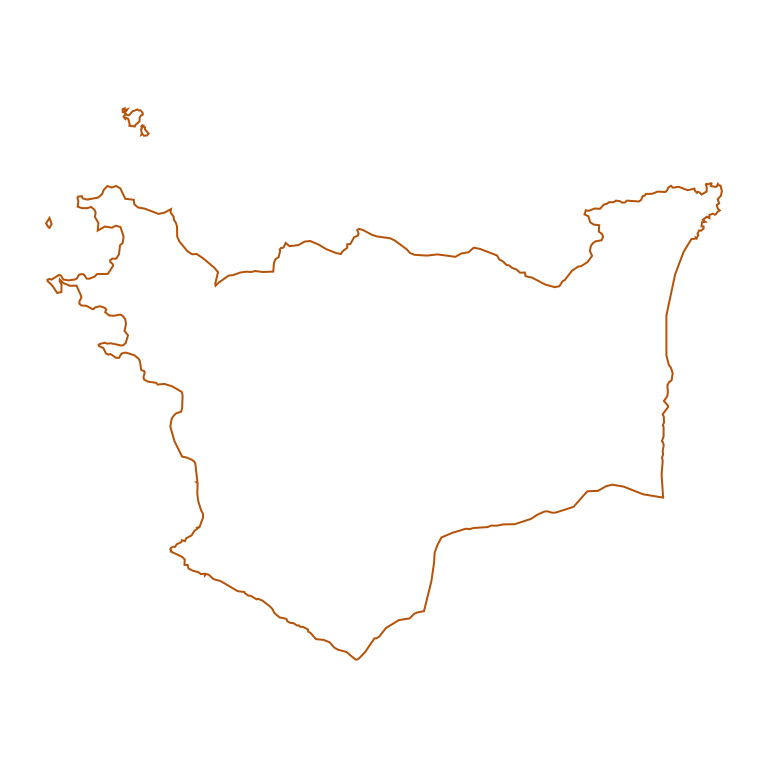 outline of Butiam, Mara, United Republic of Tanzania
{"feature_id": "72390352B35299561044003", "entity_name": "Butiam", "entity_type": "district", "adm_level": 2, "iso_a3": "TZA", "parent_name": "United Republic of Tanzania", "parent_adm1": "Mara", "projection": "albers", "projection_center": [33.892, -1.67], "detail": "fine", "context": "isolated", "style": "outline", "palette": "amber", "viewbox_px": 768, "rotation_deg": 0, "n_neighbors": 0, "source": "geoboundaries", "source_scale": "gbopen_adm2", "svg_char_len": 6072}
<svg xmlns="http://www.w3.org/2000/svg" viewBox="0 0 768 768"><path d="M663.1,497.6L661.6,474.3L662.7,461.2L662.0,457.6L663.1,454.4L662.7,450.8L663.7,445.5L663.1,442.5L661.9,441.1L663.6,436.4L663.6,427.0L662.8,425.2L664.0,422.7L663.8,416.8L662.7,414.2L668.0,407.2L668.1,405.8L663.9,401.0L667.2,396.4L667.9,391.9L667.4,385.3L669.1,382.1L671.6,380.3L672.7,373.2L670.9,367.7L668.8,364.9L666.4,355.4L666.4,315.4L675.1,274.5L683.6,251.9L691.4,239.1L696.1,238.5L696.0,238.0L696.6,238.5L698.3,234.9L697.5,233.8L699.1,230.4L701.2,230.7L703.7,228.3L703.5,226.4L701.5,226.4L702.0,222.3L705.4,221.8L702.8,219.8L706.9,216.7L709.4,218.1L709.4,215.0L712.9,213.7L714.8,214.7L715.8,214.3L717.6,211.8L719.8,210.4L717.9,208.7L716.7,205.1L719.2,203.3L717.6,199.3L720.9,195.7L721.9,191.2L720.5,185.6L718.6,185.2L717.9,184.0L716.6,186.6L715.4,186.9L710.8,186.0L711.5,183.5L710.8,183.2L708.2,184.3L706.4,183.8L705.8,184.7L706.7,186.7L706.6,191.5L701.7,194.5L699.1,192.2L697.8,191.8L696.9,192.8L694.9,190.5L694.4,188.6L687.7,190.2L678.7,186.8L673.0,187.7L670.9,185.8L668.0,187.9L667.3,190.2L665.4,192.0L657.7,191.6L652.1,193.8L645.9,193.9L644.8,195.6L642.8,196.0L640.9,200.2L638.8,201.5L627.0,200.6L625.0,202.4L622.4,202.7L619.7,201.2L616.0,200.6L613.6,202.2L609.0,202.2L606.8,203.9L603.9,204.5L600.0,208.8L594.7,208.5L588.8,210.8L585.9,210.3L584.5,214.4L588.3,216.2L590.3,222.4L593.8,224.6L599.2,225.2L598.8,231.6L602.1,234.1L603.1,236.8L601.5,240.3L595.7,241.3L592.9,243.2L590.9,245.9L589.8,250.9L592.1,255.8L587.5,262.1L581.1,266.2L578.2,266.6L572.0,270.7L564.8,280.0L562.6,281.2L559.4,286.2L554.8,287.2L545.2,284.5L532.2,277.7L525.6,276.2L524.8,272.5L520.0,272.7L516.4,269.4L512.5,268.1L508.8,265.3L506.5,265.0L503.2,261.6L499.2,259.4L497.1,255.5L480.0,248.9L473.8,247.7L468.3,252.3L461.5,253.4L455.4,256.8L437.5,254.4L426.6,255.6L414.6,254.8L410.0,253.0L406.6,249.2L394.8,240.5L390.2,238.3L376.8,236.4L371.9,234.8L362.6,229.8L358.9,228.9L357.2,230.0L358.6,233.6L357.8,235.7L354.2,237.2L350.3,244.1L347.2,244.3L347.3,247.7L342.6,251.3L340.9,254.0L335.9,253.0L326.2,249.1L318.9,244.7L310.2,241.0L304.6,241.6L298.4,245.1L289.5,246.2L285.7,242.9L283.5,247.6L280.9,248.1L279.7,249.6L280.1,251.1L278.6,257.2L275.6,259.0L274.9,260.4L273.9,263.4L273.3,271.6L262.4,272.0L255.2,271.0L251.2,272.0L246.0,271.7L240.3,272.5L233.2,275.1L228.6,275.6L219.0,282.4L215.6,285.7L215.2,283.8L218.0,272.2L214.6,268.0L203.0,258.2L196.6,254.0L192.2,254.3L187.5,251.3L179.3,241.4L177.2,236.6L177.0,226.3L175.7,222.4L174.1,220.2L173.6,216.7L170.5,212.4L171.0,209.1L164.6,212.6L158.5,213.9L144.7,208.6L138.0,207.5L134.3,204.2L133.8,199.8L125.3,198.8L120.3,188.4L116.2,186.0L111.7,187.5L107.4,186.0L103.9,189.7L101.9,194.4L98.0,197.6L87.2,199.6L82.7,198.4L81.8,196.2L78.0,196.6L77.4,198.0L78.4,201.3L77.6,206.6L81.8,208.1L87.6,208.1L91.1,206.9L94.5,209.9L95.6,212.3L95.0,217.1L98.4,223.0L97.7,230.6L105.0,226.5L112.0,227.7L115.7,225.7L120.5,227.1L123.6,236.6L122.6,243.0L120.0,245.3L119.0,254.2L116.3,258.6L112.3,258.7L110.1,260.2L110.3,262.1L112.5,263.8L113.1,265.7L107.9,273.9L97.0,274.1L94.7,276.6L89.3,278.7L86.8,278.7L83.6,274.3L81.0,274.2L78.9,274.8L77.1,278.3L75.0,279.5L68.4,280.4L63.3,279.5L60.7,275.3L58.7,275.1L51.6,279.6L49.3,279.0L47.5,279.7L47.5,281.0L52.4,285.7L57.2,293.0L61.4,292.0L61.5,284.6L59.7,281.1L59.8,279.6L63.1,282.9L69.9,285.8L76.5,285.6L80.7,294.9L81.4,297.4L79.4,301.4L79.4,303.8L81.5,305.5L86.4,305.8L92.5,309.1L93.7,309.0L94.7,307.6L100.0,306.2L104.7,307.8L106.2,309.4L105.2,312.2L109.0,315.4L113.5,315.8L120.4,314.6L122.5,315.7L125.2,319.1L126.0,324.1L124.5,330.9L128.0,335.4L125.7,343.1L123.0,345.4L121.3,345.5L110.9,343.3L106.8,343.6L105.0,342.7L100.2,343.8L98.7,344.7L98.9,346.0L103.4,348.1L105.9,353.3L108.3,354.7L110.4,354.0L116.2,357.9L119.1,357.8L121.3,353.8L123.3,352.9L125.8,352.6L134.5,355.3L138.7,358.9L140.0,361.7L141.2,369.9L144.3,371.2L144.7,372.5L143.5,377.1L144.0,379.4L147.9,381.6L156.0,382.8L157.8,384.6L164.2,383.9L172.1,386.3L181.7,391.9L182.6,395.2L182.1,408.4L181.1,411.7L176.0,413.4L173.1,416.4L171.7,418.8L170.3,426.6L174.5,441.3L182.1,456.6L186.9,457.6L191.9,459.8L194.3,461.6L195.3,463.5L197.5,482.8L196.9,482.7L197.6,483.4L197.3,494.1L198.4,501.8L201.1,510.3L203.1,514.0L203.0,517.6L199.6,526.9L197.9,527.4L198.6,527.7L194.4,530.8L191.5,535.5L186.3,538.2L184.9,541.2L181.9,540.2L181.3,542.1L176.6,544.3L175.2,546.8L172.9,546.8L171.1,547.8L170.2,549.2L171.1,550.2L170.8,551.5L182.0,556.8L184.7,559.4L184.5,564.9L187.6,565.0L188.5,568.5L192.7,570.7L198.5,572.2L200.9,574.1L204.8,573.8L204.9,575.4L206.1,574.0L208.7,574.7L213.5,579.1L220.6,581.1L237.8,591.2L244.4,592.0L245.1,593.4L248.3,595.6L250.8,595.8L256.6,599.4L258.1,598.8L262.4,600.6L270.0,606.5L272.3,608.9L274.5,613.1L279.5,617.4L284.4,618.3L286.7,619.3L287.3,621.3L290.7,623.0L293.4,623.1L297.0,625.5L298.8,625.4L299.9,626.6L303.5,627.1L306.0,628.4L307.9,629.5L308.3,631.7L310.4,632.8L315.9,639.1L323.7,639.9L329.8,642.4L334.0,647.4L338.0,649.7L346.5,652.0L355.3,659.4L356.7,659.7L358.7,658.7L365.1,652.1L374.4,638.4L376.4,638.3L379.1,636.7L386.0,628.0L398.9,620.1L409.7,618.4L414.1,613.9L416.8,612.6L424.0,611.1L431.4,581.2L434.1,562.3L434.6,552.9L437.4,545.1L441.5,537.4L452.4,532.8L465.9,528.7L469.3,529.2L473.7,528.0L487.3,527.1L491.4,525.6L496.8,525.7L503.4,524.4L514.7,524.2L531.2,518.8L536.8,515.0L544.2,511.6L547.5,511.3L552.0,512.7L555.7,512.6L573.6,506.8L587.3,491.3L598.1,490.8L606.1,486.2L612.4,484.7L623.5,486.6L643.2,494.3L663.1,497.6ZM138.6,110.4L137.6,109.5L132.5,111.3L129.0,115.3L126.8,114.9L125.1,113.1L125.1,114.7L123.5,116.8L125.3,119.0L125.9,117.8L128.2,118.8L129.7,124.1L129.4,125.8L134.8,126.5L135.2,125.1L139.4,121.6L139.7,117.5L141.1,115.3L142.7,114.8L142.8,113.2L140.6,110.4L138.6,110.4ZM148.6,133.7L144.8,129.1L145.0,127.4L143.5,126.7L143.5,125.6L142.1,125.3L141.3,126.4L142.0,128.0L141.0,129.6L141.8,133.2L141.4,134.6L142.3,133.9L143.9,135.7L146.9,135.5L148.6,133.7ZM49.5,227.9L51.6,224.0L49.5,218.0L46.1,223.4L48.5,227.4L49.5,227.9ZM124.8,110.3L124.7,108.3L122.6,109.2L122.7,112.1L125.2,112.4L127.4,109.3L124.8,110.3Z" fill="none" stroke="#b45309" stroke-width="2"/></svg>